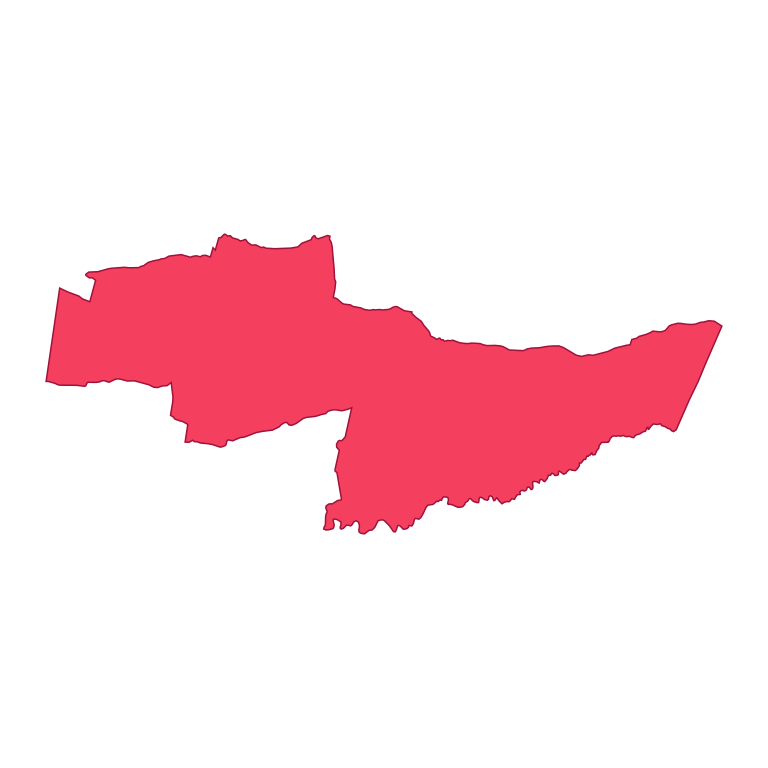 Acuamanala de Miguel Hidalgo, Tlaxcala, Mexico (Equal Earth projection)
{"feature_id": "50627088B41690170063665", "entity_name": "Acuamanala de Miguel Hidalgo", "entity_type": "district", "adm_level": 2, "iso_a3": "MEX", "parent_name": "Mexico", "parent_adm1": "Tlaxcala", "projection": "equal_earth", "projection_center": [-98.159, 19.216], "detail": "fine", "context": "isolated", "style": "filled", "palette": "rose", "viewbox_px": 768, "rotation_deg": 0, "n_neighbors": 0, "source": "geoboundaries", "source_scale": "gbopen_adm2", "svg_char_len": 6108}
<svg xmlns="http://www.w3.org/2000/svg" viewBox="0 0 768 768"><path d="M676.2,429.8L689.5,399.4L698.3,381.2L705.3,364.3L721.9,326.1L714.3,321.2L708.9,320.7L703.2,322.1L700.7,322.3L695.1,324.2L691.1,324.5L685.2,324.1L681.0,323.4L677.6,323.3L671.7,324.8L669.1,326.0L665.6,330.2L662.9,331.4L660.1,331.9L652.8,331.1L650.6,332.5L646.2,334.4L639.1,336.4L636.5,338.3L631.8,339.5L630.1,344.8L626.8,345.2L614.9,348.1L607.8,351.5L593.0,355.3L588.3,354.8L581.6,356.4L576.3,355.2L563.5,347.6L558.9,345.9L552.4,346.0L547.2,346.4L539.0,347.8L531.5,348.1L526.9,349.0L524.3,350.4L522.3,350.6L509.4,350.0L503.2,346.7L500.4,345.9L495.0,345.4L487.3,345.6L483.6,344.9L480.2,343.6L476.4,343.3L471.4,343.1L467.9,343.6L463.3,343.3L459.3,342.6L452.8,340.2L450.2,340.7L447.5,340.4L445.9,341.0L444.3,341.0L443.0,339.7L442.0,339.9L440.8,339.5L440.1,338.3L439.5,338.1L438.6,338.3L437.7,339.1L436.3,339.1L433.9,337.5L431.2,336.4L430.5,335.6L429.6,332.6L428.6,330.9L423.7,325.2L421.8,322.1L420.9,321.0L416.1,317.5L411.8,313.4L411.9,311.9L404.5,310.8L397.1,306.7L395.9,306.5L393.0,307.2L390.2,308.9L388.5,309.4L382.5,310.0L379.8,309.5L375.2,309.9L373.3,309.6L369.6,310.3L363.8,309.3L360.9,307.9L352.8,306.4L350.5,304.9L344.1,304.1L342.2,303.3L337.0,298.8L333.3,297.4L334.9,289.2L335.7,281.8L334.6,279.1L334.1,268.8L332.1,246.3L331.3,242.5L329.5,239.1L330.0,236.2L327.6,235.5L318.4,238.7L316.0,238.1L315.2,236.1L314.1,235.6L312.3,237.2L311.0,239.8L301.9,243.2L297.9,246.9L290.6,248.1L274.7,248.7L266.0,248.2L263.7,247.1L261.1,247.5L255.8,244.9L251.6,245.1L247.9,242.5L245.6,239.5L244.5,239.6L242.8,240.5L240.1,240.9L237.9,239.4L232.5,237.9L230.3,235.7L227.6,236.0L225.5,234.4L224.4,234.2L223.8,234.6L221.1,237.4L218.7,238.0L215.3,250.1L213.0,247.7L210.4,257.0L205.7,255.3L202.4,255.5L200.4,256.8L196.5,255.8L193.3,256.2L190.5,257.2L181.1,254.6L170.4,255.9L168.7,256.2L164.9,258.4L160.7,259.0L159.4,259.7L153.9,260.7L148.2,262.4L143.6,265.7L140.9,266.4L138.7,267.6L129.2,267.8L124.5,267.3L110.9,268.3L107.1,269.1L97.9,271.7L88.7,272.1L85.7,274.4L86.0,275.5L89.3,277.8L92.5,277.9L95.6,280.3L89.8,301.7L82.4,298.9L78.9,296.1L67.9,292.0L59.7,288.1L46.1,381.4L48.4,381.5L54.8,383.3L57.8,384.7L60.0,385.2L76.6,385.3L84.8,386.3L85.8,385.8L87.2,382.7L88.1,382.3L96.3,382.4L99.9,381.8L102.0,380.8L104.4,380.7L108.3,382.1L109.4,382.1L115.0,379.4L117.5,378.8L120.5,379.2L127.2,381.0L134.7,380.9L149.0,384.8L153.7,387.2L157.5,387.6L162.2,386.0L167.2,385.6L171.2,382.6L173.0,397.4L172.7,401.9L170.5,415.3L173.3,417.0L174.8,419.0L179.6,420.8L182.6,421.5L187.8,424.4L185.1,442.1L189.0,442.3L192.8,440.2L194.2,441.6L197.3,441.8L200.4,443.0L207.7,443.7L212.3,444.5L220.0,447.1L221.8,446.9L224.9,445.8L226.0,444.7L226.9,441.0L228.1,439.9L232.7,440.8L240.0,437.7L245.0,436.9L256.1,432.6L262.8,431.3L272.5,430.1L279.1,426.9L281.4,424.5L284.5,422.6L286.9,422.5L289.1,425.0L291.8,425.3L296.3,423.4L303.2,418.5L306.3,417.4L315.4,416.4L321.8,414.4L325.7,413.6L327.9,411.3L332.1,410.0L335.5,409.8L341.9,410.8L347.6,409.4L351.7,407.8L345.2,437.0L341.9,440.6L339.6,440.5L338.2,441.1L336.5,444.2L336.7,447.3L339.3,450.3L335.5,467.3L335.0,470.0L335.1,471.2L336.9,472.5L341.4,498.8L341.3,499.8L337.4,500.6L332.3,503.9L329.9,503.8L328.5,504.2L326.4,505.7L325.9,506.7L325.9,508.3L327.1,511.4L327.1,512.4L326.3,513.5L325.6,516.7L325.4,524.2L325.1,525.6L324.3,526.6L323.7,529.1L326.2,530.0L329.1,529.7L332.8,528.7L333.7,527.5L334.2,525.1L333.2,520.6L333.2,519.7L333.9,519.2L335.6,519.1L337.7,519.9L340.9,521.9L341.0,524.5L340.1,527.8L340.5,528.7L341.4,529.1L343.4,528.3L346.5,525.2L348.2,525.2L350.4,525.9L351.4,525.4L352.3,524.4L353.5,522.2L355.3,521.0L356.2,520.9L357.3,521.3L358.6,522.5L359.3,525.1L359.4,527.1L358.8,530.0L359.2,532.2L360.8,533.2L363.6,533.8L365.1,533.6L365.8,532.8L369.1,530.4L372.1,530.0L374.7,527.5L378.1,520.8L380.6,520.0L383.3,520.0L384.3,520.6L389.2,525.5L393.5,531.6L395.1,531.9L395.6,531.4L396.8,528.6L397.4,526.1L398.0,525.4L399.7,525.8L400.6,526.4L403.1,529.1L404.8,529.2L407.1,528.5L408.5,527.3L408.6,526.2L409.0,525.5L411.8,526.0L413.3,523.8L414.4,519.6L415.4,518.4L418.9,519.2L420.9,517.5L423.0,513.9L426.0,507.5L427.8,505.2L433.0,504.4L436.9,501.2L438.3,501.5L439.9,500.1L441.5,500.3L442.8,497.5L443.7,496.9L446.1,497.0L447.9,497.7L448.2,498.2L448.4,500.1L447.7,503.3L447.9,504.0L448.3,504.4L449.5,504.2L452.0,504.7L457.4,507.1L459.3,507.3L462.5,506.8L464.8,504.4L465.1,503.0L465.6,502.5L467.7,501.1L469.2,498.8L469.7,498.6L470.6,498.6L472.5,500.7L474.5,501.9L477.1,502.6L478.5,502.6L478.8,501.8L479.1,498.9L479.8,497.5L480.9,497.3L482.3,497.8L484.6,499.6L487.5,500.2L488.6,499.2L488.8,496.9L489.8,495.8L491.4,496.2L492.4,497.1L493.8,500.7L494.8,500.5L496.0,498.6L496.6,497.9L497.0,498.0L499.2,501.0L502.0,503.8L504.2,502.3L507.1,501.5L508.8,501.8L510.1,501.0L511.6,498.8L514.6,499.3L515.0,498.1L517.2,494.8L520.2,494.4L519.9,491.7L521.3,490.5L522.5,490.4L524.0,491.0L525.3,490.8L526.5,489.8L527.2,487.5L528.3,487.0L529.6,487.5L531.0,489.5L532.0,489.4L532.7,488.4L533.0,486.9L532.6,483.1L532.6,482.3L533.0,481.7L534.0,481.4L536.5,481.7L537.3,481.9L538.1,482.7L539.2,483.0L539.8,480.5L540.3,479.7L541.1,479.3L542.1,479.6L543.8,481.3L544.8,481.6L547.1,478.7L548.5,475.2L549.9,475.4L550.9,474.9L551.5,473.5L552.1,473.2L553.8,474.2L554.7,475.3L555.5,475.5L557.9,475.1L558.4,474.2L558.6,471.7L559.1,471.2L559.9,471.4L563.5,474.2L565.8,473.3L567.3,471.3L569.0,469.9L570.3,469.4L571.8,470.2L575.3,470.6L576.9,469.3L579.1,466.2L579.5,464.7L579.4,463.2L581.2,463.0L584.0,459.4L585.6,459.4L586.8,456.2L588.4,456.3L589.0,455.2L590.2,455.0L591.5,453.0L592.0,453.1L592.2,454.2L592.8,454.9L595.1,454.6L596.7,450.8L598.8,448.2L599.3,445.1L600.2,444.5L601.4,442.5L608.3,442.2L609.2,441.1L610.2,438.6L612.1,436.5L614.0,435.9L616.4,436.2L618.7,435.8L620.6,436.2L623.2,435.5L626.1,436.7L629.4,436.3L632.5,437.5L633.8,437.6L634.9,436.0L636.4,434.9L639.8,433.9L643.5,431.6L645.2,431.4L646.0,430.3L646.2,428.8L647.5,427.3L647.9,427.4L648.2,429.3L649.0,429.1L650.9,426.3L653.0,424.2L653.8,424.0L657.0,424.5L660.6,423.8L661.6,425.6L664.8,426.5L668.4,428.6L670.5,429.2L671.3,430.6L673.6,431.6L676.2,429.8Z" fill="#f43f5e" stroke="#9f1239" stroke-width="1.5"/></svg>